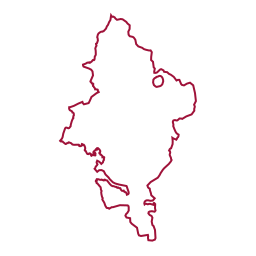 outline of Faradje, Orientale, Democratic Republic of the Congo
{"feature_id": "63176286B94121502354965", "entity_name": "Faradje", "entity_type": "district", "adm_level": 2, "iso_a3": "COD", "parent_name": "Democratic Republic of the Congo", "parent_adm1": "Orientale", "projection": "robinson", "projection_center": [29.876, 3.486], "detail": "fine", "context": "isolated", "style": "outline", "palette": "rose", "viewbox_px": 256, "rotation_deg": 0, "n_neighbors": 0, "source": "geoboundaries", "source_scale": "gbopen_adm2", "svg_char_len": 5763}
<svg xmlns="http://www.w3.org/2000/svg" viewBox="0 0 256 256"><path d="M191.6,114.4L194.3,110.7L194.2,108.9L194.7,107.3L194.8,106.4L194.1,104.7L195.9,101.1L195.0,93.1L193.2,85.3L190.0,82.7L187.0,83.6L184.0,85.4L181.9,84.9L181.1,84.0L179.4,79.9L177.8,79.9L176.5,80.5L173.8,76.9L170.8,74.7L169.0,73.9L167.2,72.2L164.1,71.8L163.5,70.4L161.3,69.2L160.6,69.3L159.9,69.7L157.1,72.4L155.6,72.9L154.3,72.8L154.2,71.5L154.8,68.6L153.7,67.3L153.0,61.8L151.1,60.0L151.2,56.8L151.8,52.2L150.6,50.4L149.1,50.5L146.1,49.8L143.9,49.1L142.2,47.8L138.3,46.4L136.2,44.1L135.3,39.7L133.8,37.6L132.8,36.9L129.7,36.2L128.6,34.7L128.3,31.7L129.6,29.0L129.7,25.3L127.5,23.5L126.3,21.9L122.6,19.3L120.7,19.0L117.0,19.8L115.3,18.4L114.8,17.5L113.3,16.6L112.4,16.8L111.7,16.3L111.1,15.4L110.5,19.3L110.3,20.2L109.1,22.1L108.0,24.9L106.9,26.3L106.0,28.6L103.7,31.1L102.9,31.3L102.6,31.7L101.2,31.7L100.0,32.3L98.6,33.4L97.9,34.5L97.2,37.2L97.6,38.1L97.9,40.5L97.0,43.1L96.0,43.8L96.0,44.1L96.5,45.4L96.5,45.8L96.1,46.2L95.3,48.4L95.7,50.8L95.8,54.4L95.5,55.5L94.8,56.4L94.6,58.9L94.4,59.7L94.0,60.1L93.6,60.1L93.2,59.9L92.8,60.1L91.7,61.5L89.9,62.8L89.5,62.8L89.1,62.3L88.2,62.7L87.3,62.6L85.6,63.7L83.0,64.6L83.1,65.7L83.6,66.6L88.9,68.5L91.2,69.7L92.5,71.4L93.0,75.4L90.4,81.4L90.7,82.0L91.5,82.4L91.7,83.3L92.0,83.6L92.8,83.5L93.3,84.0L92.9,85.6L93.0,86.0L93.6,86.3L94.0,87.3L95.0,88.4L95.1,89.3L96.1,89.3L97.6,89.6L97.8,89.9L97.8,90.8L98.0,91.2L98.4,91.4L98.7,92.1L96.6,93.1L91.5,96.9L89.6,101.2L88.6,103.1L83.9,104.3L82.7,102.9L82.4,101.9L78.5,103.5L73.8,105.9L70.0,107.2L69.2,107.2L69.1,108.4L69.4,109.5L69.9,110.2L71.8,111.2L72.1,111.6L72.4,112.5L73.0,112.6L73.7,113.3L73.9,115.2L73.3,116.2L73.4,117.0L73.1,117.7L73.3,118.2L72.5,119.3L71.7,121.4L70.8,124.6L70.6,126.3L69.2,128.0L68.3,128.3L66.6,127.6L65.7,127.7L65.1,128.4L63.3,133.5L62.6,137.1L62.0,138.5L60.1,140.8L60.7,141.4L61.4,141.5L62.1,141.3L62.6,141.5L63.2,142.2L65.5,144.0L66.1,143.9L67.1,143.1L67.9,143.1L68.4,142.5L68.8,142.3L71.3,143.3L72.4,144.5L74.0,144.8L78.7,144.7L79.1,145.0L79.1,145.8L79.6,146.1L80.8,146.1L81.7,145.6L81.9,145.2L81.7,144.4L81.9,144.0L82.2,144.1L82.5,145.1L82.9,145.1L83.2,144.6L83.7,144.7L84.4,145.5L84.8,146.7L85.1,147.2L85.2,148.8L85.0,149.1L84.7,150.1L84.9,150.6L85.6,150.8L87.0,153.6L87.5,154.0L88.5,154.1L89.3,153.3L89.9,153.3L90.5,154.2L90.9,154.1L91.3,154.4L91.4,154.9L91.2,155.6L91.5,155.8L92.4,155.0L93.1,155.1L93.1,154.6L93.3,154.0L93.8,153.9L94.1,154.2L94.5,155.1L94.8,155.4L95.3,155.4L95.5,155.0L94.9,154.2L94.9,153.8L95.4,153.4L95.2,153.0L94.3,152.9L93.4,152.1L94.6,150.6L95.6,150.5L95.8,150.2L95.7,149.7L95.9,149.3L97.2,149.5L97.3,149.1L96.9,148.4L97.1,148.1L97.9,148.1L99.5,149.6L100.3,151.1L100.1,152.2L99.6,152.4L99.3,153.0L99.5,153.5L100.4,154.1L100.5,154.7L101.3,154.9L101.7,155.6L102.2,155.8L102.7,156.4L102.5,157.2L104.0,157.1L104.2,157.3L104.2,157.9L103.7,159.0L104.0,159.8L103.2,161.1L102.9,162.4L101.3,163.9L100.3,162.7L98.8,161.5L97.2,160.7L96.6,162.2L96.9,163.4L97.5,164.3L97.1,165.1L96.6,165.5L96.3,166.1L95.7,166.6L95.2,168.2L94.6,168.8L97.2,171.8L99.2,170.2L101.6,170.1L103.8,171.2L105.5,174.5L108.5,177.4L109.7,179.1L111.1,180.5L112.9,182.3L115.3,183.5L116.7,183.9L119.3,184.6L126.5,186.0L126.8,186.6L127.4,188.5L128.6,192.0L128.7,193.2L128.4,193.9L128.1,194.2L126.9,194.7L126.4,193.0L126.0,192.4L125.3,192.3L124.9,191.8L124.4,191.8L123.7,190.6L122.9,190.9L121.8,190.7L120.7,189.4L120.5,188.5L120.3,188.2L119.0,188.1L118.3,187.5L117.8,187.4L117.3,187.8L117.1,187.7L116.2,186.8L115.6,186.9L114.7,186.6L113.5,186.1L112.8,186.2L111.4,185.6L109.8,184.0L107.0,180.4L105.6,180.2L105.0,179.7L104.4,179.7L104.0,180.4L103.4,180.4L103.0,180.1L102.4,180.0L102.0,179.7L101.7,179.6L101.5,179.8L100.0,179.8L98.1,179.2L97.0,179.2L97.1,179.9L96.8,180.3L96.7,180.8L95.9,180.6L95.8,181.3L96.1,181.8L96.6,182.3L96.7,183.2L97.5,183.5L98.8,185.2L99.2,185.4L99.5,186.1L100.4,186.9L100.8,188.0L100.9,189.6L101.6,191.0L101.2,192.1L101.4,194.1L102.0,196.8L102.7,198.1L102.6,198.7L102.3,199.2L102.9,200.6L103.3,201.0L104.4,203.0L105.3,205.7L106.6,207.8L107.1,208.0L108.7,208.1L109.2,208.7L111.7,207.2L112.9,207.2L119.9,205.2L127.7,205.4L128.5,206.2L128.7,207.3L128.7,210.6L127.4,212.8L126.0,214.2L125.4,215.7L126.5,217.5L130.1,218.2L130.3,221.9L130.9,222.7L131.7,223.7L137.0,227.7L138.2,233.7L139.0,235.4L141.0,236.0L147.9,234.9L148.2,236.2L148.0,236.8L148.0,238.2L148.4,240.2L152.3,240.6L154.9,239.6L155.5,238.1L155.0,230.0L153.6,226.1L152.4,225.0L151.7,221.5L152.4,217.7L151.5,215.9L149.7,215.0L148.4,213.4L148.7,212.1L149.7,211.5L151.9,211.2L154.6,211.7L155.5,210.6L155.0,208.1L155.2,204.1L154.2,203.0L153.9,203.0L153.6,203.3L153.4,204.8L150.3,203.9L149.1,203.9L147.8,204.3L146.2,203.8L145.3,203.8L144.6,204.4L144.3,203.4L144.5,202.2L144.9,201.4L146.3,200.4L148.1,200.3L150.4,200.8L152.8,200.6L154.7,198.3L151.3,195.3L150.9,193.2L149.9,190.1L149.8,188.8L149.5,188.4L148.7,188.1L148.0,187.3L147.4,185.5L150.7,182.0L157.8,177.7L159.5,175.3L160.7,173.0L162.9,169.7L164.2,168.2L168.8,164.0L170.8,161.5L171.6,160.0L171.2,159.4L170.9,157.7L169.8,155.3L169.7,154.4L170.1,153.1L170.2,152.2L169.8,151.0L169.1,150.6L169.7,149.2L170.6,148.4L171.1,148.3L172.6,144.1L172.7,141.1L172.4,137.8L173.6,138.6L175.7,139.3L176.2,139.7L176.8,139.0L177.4,137.6L178.0,137.2L178.5,136.1L178.6,134.6L177.2,133.8L176.3,132.9L175.5,131.6L174.4,129.1L173.2,126.0L173.4,125.4L173.4,124.5L172.8,122.0L173.0,121.2L173.4,120.5L174.2,120.2L175.1,120.1L176.2,120.4L177.0,120.5L178.1,119.8L179.5,118.5L181.7,118.6L182.2,118.9L186.3,116.4L191.6,114.4ZM156.0,77.5L156.4,76.9L157.6,76.7L159.3,75.9L160.5,76.0L161.4,76.5L162.2,77.4L162.7,78.5L163.1,79.9L163.2,81.4L162.3,84.3L161.2,85.5L160.1,86.1L156.7,86.9L155.6,86.5L153.9,85.0L153.1,82.5L153.4,79.6L154.6,78.2L156.0,77.5Z" fill="none" stroke="#9f1239" stroke-width="2"/></svg>